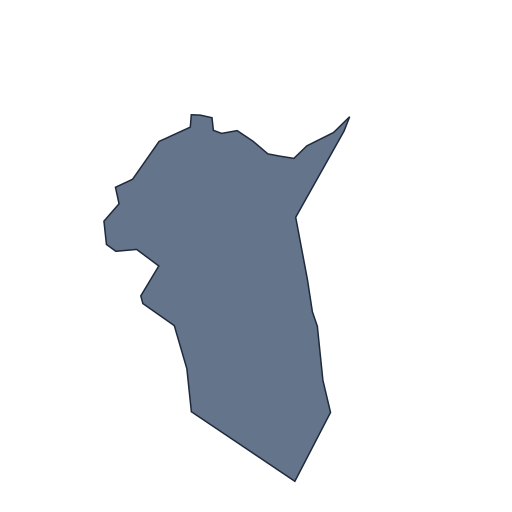 Ayérou, Tillabéri, Niger (Robinson projection), rotated 123°
{"feature_id": "23599985B66518443893936", "entity_name": "Ayérou", "entity_type": "district", "adm_level": 2, "iso_a3": "NER", "parent_name": "Niger", "parent_adm1": "Tillabéri", "projection": "robinson", "projection_center": [1.048, 14.94], "detail": "fine", "context": "isolated", "style": "filled", "palette": "slate", "viewbox_px": 512, "rotation_deg": 123, "n_neighbors": 0, "source": "geoboundaries", "source_scale": "gbopen_adm2", "svg_char_len": 626}
<svg xmlns="http://www.w3.org/2000/svg" viewBox="0 0 512 512"><g transform="rotate(123 256 256)"><path d="M172.8,387.2L183.7,381.3L212.7,399.7L258.8,401.3L274.9,411.3L286.8,399.3L309.6,402.5L327.8,387.7L328.4,376.1L315.5,359.7L317.3,332.1L352.2,330.9L357.5,325.0L358.9,286.6L388.2,252.6L421.8,225.4L423.8,100.7L346.6,108.3L323.8,132.2L281.5,166.3L272.1,178.3L248.0,199.8L201.9,243.8L103.3,250.2L88.2,253.3L107.1,257.5L110.3,258.3L135.8,273.3L153.5,277.4L159.4,290.7L163.9,301.7L161.4,320.9L161.1,340.1L171.9,351.6L173.8,360.2L164.0,368.2L168.2,379.5L172.8,387.2Z" fill="#64748b" stroke="#1e293b" stroke-width="1.5"/></g></svg>